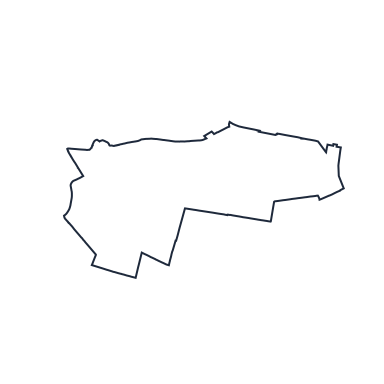 the district of IJsselstein, Utrecht, Netherlands, rotated 300°
{"feature_id": "6326949B52103687367672", "entity_name": "IJsselstein", "entity_type": "district", "adm_level": 2, "iso_a3": "NLD", "parent_name": "Netherlands", "parent_adm1": "Utrecht", "projection": "albers", "projection_center": [5.028, 52.026], "detail": "fine", "context": "isolated", "style": "outline", "palette": "slate", "viewbox_px": 384, "rotation_deg": 300, "n_neighbors": 0, "source": "geoboundaries", "source_scale": "gbopen_adm2", "svg_char_len": 5475}
<svg xmlns="http://www.w3.org/2000/svg" viewBox="0 0 384 384"><g transform="rotate(300 192 192)"><path d="M271.0,321.6L279.3,311.1L288.0,305.6L290.0,304.7L291.7,304.0L301.1,300.1L302.6,299.5L305.0,298.6L303.5,294.6L305.4,293.9L304.2,290.5L302.6,291.1L300.8,285.7L300.3,285.9L299.9,286.0L296.4,287.1L296.2,287.3L295.7,287.4L295.1,287.6L294.2,287.9L293.8,288.2L293.4,288.3L293.6,287.8L293.9,287.1L294.7,285.3L295.2,284.1L295.3,283.9L298.8,275.9L298.2,273.5L298.0,272.9L297.8,272.3L296.3,268.1L295.6,266.3L293.8,261.2L293.6,261.3L292.9,259.9L293.2,259.7L293.3,259.6L292.3,256.2L290.6,251.6L287.9,244.1L285.9,238.3L285.6,237.7L285.4,237.4L285.1,237.2L285.4,237.1L285.3,236.6L284.8,236.3L283.3,235.8L283.1,235.7L281.8,231.9L277.7,220.0L278.7,220.1L278.3,219.0L278.6,219.1L277.1,214.4L275.6,210.0L273.6,204.1L273.2,202.8L272.3,199.9L271.7,196.2L271.5,194.2L271.4,193.6L271.5,190.1L271.2,190.1L271.3,189.6L269.5,190.0L269.0,190.2L268.6,190.5L267.2,191.6L267.0,191.4L265.7,190.3L261.6,187.7L259.0,186.0L256.9,184.7L256.5,184.3L256.2,183.9L254.9,183.2L253.2,182.1L253.3,181.9L254.2,178.8L246.6,174.6L245.6,177.7L245.2,177.4L245.0,177.2L243.5,176.1L242.6,175.4L241.8,174.6L240.7,173.2L239.5,171.3L235.9,165.9L235.1,164.8L234.8,164.5L233.2,162.0L232.0,160.3L231.1,158.7L229.7,156.3L229.5,156.1L228.1,153.6L227.3,152.2L226.7,150.8L226.4,150.1L226.3,149.8L225.9,148.8L225.6,148.1L225.0,146.5L224.2,144.6L223.7,143.4L223.5,142.9L223.1,141.9L222.6,140.9L221.4,137.8L221.3,137.6L220.3,135.1L219.5,133.6L219.0,132.5L218.7,131.9L218.3,131.0L218.0,130.4L217.9,130.1L216.8,128.5L214.8,125.3L213.2,123.2L212.4,122.1L212.1,121.8L211.8,121.6L211.3,121.3L210.9,121.1L210.3,120.6L209.5,120.0L208.9,119.4L207.2,117.4L207.0,117.1L206.4,116.4L205.8,115.6L204.8,114.4L203.5,112.9L202.8,112.0L202.2,111.3L200.4,109.5L199.3,108.2L198.5,107.4L197.5,106.2L196.2,104.9L195.2,103.8L195.2,104.0L193.9,102.6L193.7,102.1L193.0,101.6L192.9,101.4L192.6,100.9L192.5,100.5L192.1,99.2L191.8,98.7L191.4,98.2L191.2,97.8L191.1,97.6L191.1,97.4L191.1,97.2L192.0,96.0L192.3,95.5L192.4,95.2L192.6,94.5L192.7,94.0L192.7,93.6L192.6,92.7L192.5,92.0L192.5,90.8L192.4,90.4L192.3,89.6L192.2,88.9L192.1,88.6L190.4,87.1L189.8,86.6L189.6,86.6L189.8,83.7L189.5,83.3L189.2,83.0L188.4,82.5L188.0,82.3L187.5,82.1L187.2,82.1L186.8,82.0L186.2,82.0L185.7,82.0L182.3,82.4L182.3,82.7L181.7,82.6L181.3,82.7L180.6,82.8L180.3,82.9L180.2,82.7L179.8,82.7L179.2,82.6L178.7,82.5L178.0,82.4L177.3,82.1L177.0,81.6L176.8,81.3L176.2,80.5L175.6,79.4L175.3,78.6L173.1,74.2L171.5,70.8L169.1,65.8L168.3,64.0L167.7,62.9L167.5,62.7L166.9,62.4L166.4,63.0L165.5,64.3L165.4,64.2L165.3,64.3L164.4,65.7L162.4,69.2L162.5,69.2L160.8,72.1L160.1,73.4L159.3,75.0L159.0,75.6L158.9,75.9L158.1,77.4L156.0,81.2L155.8,81.2L155.6,81.9L155.3,82.5L152.5,87.7L151.4,89.8L149.7,88.8L147.9,87.7L146.5,86.7L145.1,85.8L143.0,84.2L142.3,83.7L141.8,83.5L141.3,83.3L139.9,83.1L139.7,83.1L139.2,83.1L138.1,83.2L137.7,83.3L137.2,83.5L136.7,83.8L136.1,84.3L135.2,85.1L134.9,85.3L134.6,85.6L132.9,87.0L132.4,87.5L131.7,88.0L131.0,88.5L128.6,89.9L127.8,90.3L126.7,90.8L122.0,92.5L120.9,92.9L119.6,93.4L117.7,93.9L116.2,94.2L115.6,94.3L113.3,94.3L111.6,94.2L110.7,94.1L109.7,93.9L109.2,93.7L108.8,93.6L107.5,93.0L106.0,94.4L105.8,94.7L105.7,95.0L105.6,95.5L105.6,95.4L105.4,95.5L104.5,98.2L104.2,99.1L104.0,99.5L103.8,99.9L103.7,100.2L103.8,100.2L103.7,100.4L103.7,100.5L103.7,100.9L103.6,101.3L103.1,102.6L102.3,105.1L101.8,106.4L100.9,108.5L99.7,111.9L97.3,118.7L97.2,119.1L97.2,119.4L96.7,120.7L96.3,121.4L96.1,122.1L95.6,123.7L95.1,124.8L93.9,128.3L92.4,132.5L90.1,139.0L89.8,139.9L89.6,139.9L89.1,140.3L87.3,140.5L82.0,141.3L80.3,141.6L79.2,141.7L78.6,141.8L79.4,145.2L81.1,152.7L82.1,157.4L82.2,157.6L83.3,162.5L83.5,163.7L83.9,164.8L84.9,168.9L85.5,171.1L85.7,171.5L85.7,171.9L86.4,174.3L87.1,177.4L87.6,179.0L88.1,180.8L88.2,181.5L89.1,184.6L89.5,186.1L100.5,182.8L102.0,182.4L114.4,178.8L114.6,182.2L114.8,184.0L114.9,185.3L114.9,185.6L115.0,187.0L115.0,187.3L115.0,188.8L115.2,190.3L115.4,192.8L115.4,193.0L115.5,193.8L115.4,194.1L115.6,195.9L115.6,196.2L115.6,196.4L115.7,197.5L115.7,197.8L115.7,198.1L115.7,198.3L115.8,198.6L115.8,198.8L115.9,200.1L115.9,200.3L116.0,201.5L116.1,201.9L116.1,202.3L116.2,203.2L116.4,206.2L116.5,206.5L117.0,208.6L117.9,208.3L119.2,207.9L119.8,207.7L120.7,207.5L121.4,207.2L125.3,206.2L126.3,205.9L127.8,205.4L130.3,204.7L131.1,204.6L131.8,204.5L133.9,204.0L141.7,202.1L141.9,202.6L147.1,201.3L152.1,199.9L154.6,199.2L160.8,197.6L164.3,196.7L174.3,194.1L174.4,194.3L177.0,201.0L177.4,202.1L178.3,204.3L179.5,207.6L180.5,210.1L184.6,220.6L186.5,225.7L188.5,230.7L189.0,232.4L189.7,234.3L189.9,234.3L190.2,234.2L190.6,235.0L190.8,235.8L191.3,236.6L191.4,236.8L191.6,237.4L191.8,238.1L192.4,239.8L192.9,241.1L193.6,243.0L194.3,244.8L195.3,247.6L195.6,248.6L196.5,250.8L197.8,254.1L198.4,255.8L198.7,256.6L200.7,261.9L201.0,262.8L201.6,264.3L201.8,264.8L202.2,266.0L202.4,266.4L203.0,267.9L203.8,270.0L204.3,271.2L204.7,272.4L205.7,274.9L205.9,274.9L206.1,274.9L209.3,273.7L218.9,270.1L224.6,268.0L225.1,268.2L225.4,268.5L225.7,268.9L227.5,271.3L230.6,275.2L231.6,276.6L234.9,280.8L236.0,282.1L238.0,284.8L239.9,287.2L240.4,287.9L242.3,290.4L244.1,292.7L244.5,293.3L247.3,296.8L248.7,298.8L250.3,300.9L251.1,301.8L251.8,302.8L251.1,304.0L250.3,305.1L249.6,305.9L249.1,306.3L250.2,307.2L251.8,308.4L257.5,312.6L257.6,312.8L259.9,314.5L262.1,315.9L264.5,317.5L267.3,319.6L267.7,319.5L271.0,321.6Z" fill="none" stroke="#1e293b" stroke-width="2"/></g></svg>